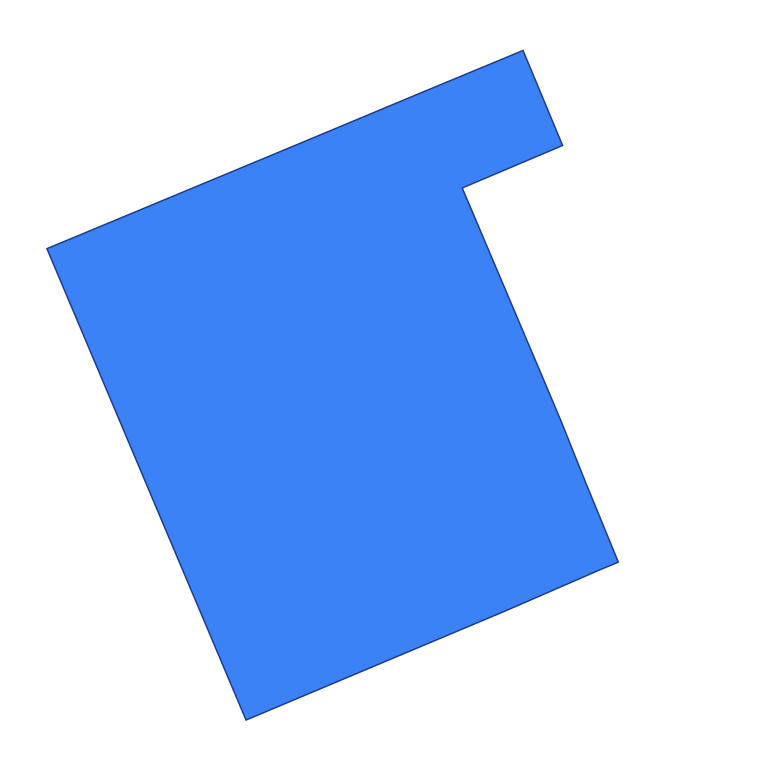 Waupaca, Wisconsin, United States of America (Mercator projection), rotated 337°
{"feature_id": "52423323B88732486793756", "entity_name": "Waupaca", "entity_type": "district", "adm_level": 2, "iso_a3": "USA", "parent_name": "United States of America", "parent_adm1": "Wisconsin", "projection": "mercator", "projection_center": [-88.85, 44.462], "detail": "fine", "context": "isolated", "style": "filled", "palette": "blue", "viewbox_px": 768, "rotation_deg": 337, "n_neighbors": 0, "source": "geoboundaries", "source_scale": "gbopen_adm2", "svg_char_len": 351}
<svg xmlns="http://www.w3.org/2000/svg" viewBox="0 0 768 768"><g transform="rotate(337 384 384)"><path d="M126.6,127.7L125.7,639.4L407.6,640.3L508.1,639.4L530.1,639.5L531.1,554.8L532.5,487.7L532.6,438.0L532.6,234.1L641.6,234.2L642.3,131.3L532.9,130.4L408.6,129.7L392.2,129.6L126.6,127.7Z" fill="#3b82f6" stroke="#1e3a8a" stroke-width="1.5"/></g></svg>